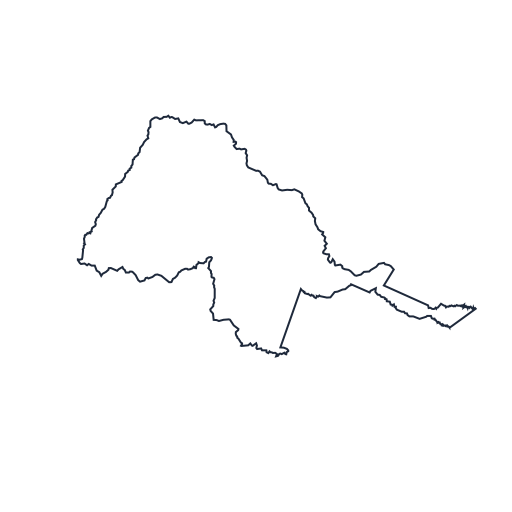 Mocoa, Putumayo, Colombia (Albers equal-area conic projection), rotated 324°
{"feature_id": "7082276B56868740164332", "entity_name": "Mocoa", "entity_type": "district", "adm_level": 2, "iso_a3": "COL", "parent_name": "Colombia", "parent_adm1": "Putumayo", "projection": "albers", "projection_center": [-76.661, 1.168], "detail": "fine", "context": "isolated", "style": "outline", "palette": "slate", "viewbox_px": 512, "rotation_deg": 324, "n_neighbors": 0, "source": "geoboundaries", "source_scale": "gbopen_adm2", "svg_char_len": 6142}
<svg xmlns="http://www.w3.org/2000/svg" viewBox="0 0 512 512"><g transform="rotate(324 256 256)"><path d="M312.4,305.3L312.0,304.8L312.0,301.2L313.0,300.2L315.3,299.2L316.0,297.5L314.0,296.0L312.2,293.5L312.2,292.8L313.1,291.9L317.1,290.8L317.5,288.1L320.5,287.7L320.3,283.9L323.1,281.6L322.2,277.4L323.9,276.8L324.5,276.1L322.8,273.9L322.0,270.9L322.6,268.9L322.8,265.4L324.2,262.3L326.1,260.3L325.6,257.7L326.3,256.4L326.4,253.7L325.6,250.4L327.2,248.2L327.0,246.1L327.5,244.1L327.0,242.4L328.4,237.4L327.9,235.5L329.5,233.6L329.8,232.3L328.6,228.9L326.2,224.6L323.7,223.8L320.2,220.8L315.6,218.3L313.5,215.5L313.5,213.7L314.8,210.1L314.4,209.5L311.3,208.7L310.5,206.4L308.8,204.9L308.7,203.7L310.0,200.9L309.8,196.3L308.4,194.3L308.8,190.1L307.7,188.1L306.2,187.2L301.8,179.8L301.9,177.3L302.7,175.5L304.7,173.8L306.1,171.0L308.0,169.3L308.1,166.7L310.1,165.1L310.4,164.1L309.8,162.6L306.6,161.0L305.8,159.5L303.2,158.1L302.8,155.2L302.9,153.7L305.8,153.4L306.8,152.2L306.6,151.4L305.0,150.5L306.2,149.0L306.3,145.9L307.2,143.0L305.5,137.7L308.8,132.9L308.7,131.0L307.5,129.8L304.6,128.3L302.0,127.7L299.7,128.2L298.5,127.9L299.0,124.6L297.2,124.1L296.2,122.0L294.0,121.2L292.8,120.1L292.5,118.6L293.8,116.7L293.1,115.1L287.1,110.9L286.2,109.4L282.4,110.2L279.8,109.8L279.0,109.2L278.7,106.4L274.9,105.5L273.2,102.9L274.0,99.0L271.1,97.6L269.9,94.5L269.2,93.8L267.6,93.5L267.5,91.0L265.5,90.9L263.0,89.2L261.0,89.5L258.7,88.7L257.3,85.7L255.7,84.6L252.0,84.2L249.8,84.8L246.4,89.5L244.8,89.5L242.2,91.1L241.9,92.6L240.3,94.4L239.0,94.8L238.0,97.5L236.0,97.3L232.5,98.0L229.7,99.5L225.9,100.3L222.9,103.5L221.0,103.8L220.1,104.8L215.6,104.9L214.2,106.0L213.0,105.7L209.9,109.4L208.0,109.9L207.1,111.2L205.1,111.1L204.4,112.2L202.8,111.8L201.7,112.6L198.4,112.7L196.7,114.8L192.7,116.3L191.4,116.2L190.8,117.1L184.7,115.7L183.4,117.3L178.8,118.0L177.4,120.3L175.2,122.1L174.2,122.0L172.1,123.1L170.8,122.5L169.1,122.6L168.6,123.8L167.6,123.9L162.9,127.7L160.9,128.5L159.0,128.3L155.7,129.9L153.4,130.4L151.5,131.8L150.2,131.5L148.1,132.3L147.7,133.1L145.8,134.0L145.1,136.1L143.8,137.1L140.0,137.0L137.7,138.8L137.5,139.5L135.9,139.1L136.0,139.7L135.4,140.2L135.0,139.2L133.9,139.4L133.1,138.4L131.2,139.1L130.3,138.5L129.3,138.9L128.8,139.8L127.0,140.9L124.9,144.7L124.4,144.7L124.5,146.1L122.8,146.3L121.4,148.2L119.7,148.9L119.4,149.8L114.4,155.4L113.3,156.2L111.1,155.3L109.9,154.0L109.5,154.5L109.3,158.1L109.7,159.6L112.9,161.3L113.9,164.2L116.0,164.1L117.3,167.1L119.9,169.0L118.5,174.2L119.7,177.0L119.1,181.1L121.4,180.2L125.3,180.7L128.5,180.4L129.8,179.3L131.5,180.4L135.0,186.4L136.9,186.0L141.5,186.4L141.1,188.5L141.6,190.2L141.0,192.9L143.5,194.7L144.9,194.5L146.5,195.8L146.9,196.9L147.4,200.7L146.5,206.3L147.1,208.6L151.4,210.2L153.8,209.0L155.4,209.7L155.7,210.9L159.9,212.1L163.5,212.0L165.4,213.0L167.8,216.4L170.3,226.1L171.5,227.0L172.3,227.4L175.3,225.7L177.7,226.0L180.7,225.5L184.0,223.8L185.4,224.2L187.1,223.8L191.2,224.7L192.7,225.8L193.0,227.0L194.9,228.0L197.7,228.7L199.4,228.0L199.8,228.8L199.6,230.0L200.3,230.6L202.6,228.2L205.2,228.0L205.9,227.3L206.6,228.8L209.3,231.1L211.2,230.8L212.3,231.2L214.5,229.2L217.0,229.3L219.0,230.4L219.2,231.6L218.6,232.1L217.0,233.1L214.5,233.6L211.5,237.2L210.3,237.7L210.7,241.8L209.6,243.2L209.5,244.5L207.7,246.7L207.8,247.5L209.0,248.8L208.8,250.3L205.0,253.3L204.8,255.4L203.8,256.5L203.3,258.3L197.9,265.7L195.3,267.3L194.8,269.1L193.0,270.1L192.0,271.4L187.6,272.3L187.0,273.8L187.4,277.3L184.2,282.8L186.5,284.7L187.8,286.8L192.2,288.5L196.8,291.3L197.5,292.3L197.2,299.1L198.9,304.7L198.0,305.5L195.0,305.7L193.9,307.0L193.2,308.9L193.5,310.0L192.8,311.1L193.2,312.6L192.9,317.1L193.4,318.4L193.1,319.0L191.1,319.8L191.3,320.2L197.2,323.7L200.0,323.4L200.0,326.0L200.5,326.7L204.8,326.7L204.1,329.0L202.2,330.6L202.2,331.9L205.8,333.8L205.4,335.8L208.9,338.4L208.0,340.1L208.9,341.8L210.9,341.1L211.1,342.3L212.2,343.3L212.6,344.3L214.7,345.7L215.3,347.7L213.3,349.0L215.1,349.7L217.4,348.9L218.5,349.4L219.1,350.5L222.1,350.9L222.1,352.6L222.7,353.3L224.3,351.8L226.1,352.0L226.6,351.3L226.4,349.3L224.6,346.5L222.0,344.3L272.9,309.1L273.0,311.0L273.7,312.3L273.4,313.2L274.1,313.6L273.6,314.8L275.3,317.1L275.9,317.2L276.8,320.1L278.2,320.1L278.2,321.1L279.2,321.8L278.9,323.5L279.7,325.2L281.2,324.6L281.6,324.8L281.8,324.3L282.5,325.4L284.0,325.2L284.1,326.0L288.9,331.3L291.9,333.2L298.4,331.4L301.1,332.8L306.3,334.0L308.7,335.3L314.1,334.9L315.6,335.4L316.3,334.8L326.5,352.3L328.2,351.5L334.0,352.5L331.5,355.1L331.7,358.8L333.2,360.2L333.3,362.6L335.4,365.0L335.7,366.3L335.2,366.7L336.2,367.8L335.2,369.5L337.4,371.6L336.4,374.4L337.4,375.4L337.2,376.3L339.1,376.2L338.2,378.6L339.3,379.3L338.4,380.3L338.4,382.2L341.1,386.7L343.0,388.1L342.9,389.9L344.4,391.2L343.9,392.9L344.6,395.0L347.8,397.4L351.4,403.0L358.0,405.2L359.3,405.1L362.3,407.3L361.6,409.7L362.2,410.7L363.5,411.5L363.0,412.5L363.7,412.9L363.7,416.0L364.3,416.3L363.8,416.8L364.8,417.0L364.8,417.6L365.5,417.8L365.1,419.5L366.0,420.2L365.4,421.3L366.1,422.2L367.0,421.5L367.2,422.9L368.2,423.4L368.2,424.1L369.7,424.3L369.3,425.6L370.3,426.0L370.4,427.4L370.9,426.6L370.8,427.8L402.7,427.8L402.6,426.9L401.1,426.9L401.5,425.6L400.2,426.7L399.9,423.2L398.1,423.4L398.5,421.6L398.1,422.1L397.4,421.5L396.7,422.2L396.9,421.4L396.2,420.8L396.4,419.7L395.8,419.6L395.4,420.4L394.9,419.8L393.7,419.8L394.5,419.2L394.1,418.5L395.1,418.5L395.8,417.7L394.1,417.8L393.6,418.2L393.8,417.1L392.9,416.6L392.3,417.1L391.5,415.8L390.1,414.9L389.6,413.7L387.5,413.7L387.3,412.9L386.2,412.8L385.0,410.8L383.9,410.9L383.2,410.0L382.1,410.3L380.6,409.0L379.5,409.2L379.7,407.4L378.9,406.6L377.6,403.4L372.9,404.6L371.7,404.1L370.9,404.6L370.8,403.4L369.8,403.7L368.7,403.4L367.4,402.3L366.7,400.4L365.1,399.6L366.2,397.1L342.1,355.0L359.5,347.9L359.1,343.4L358.2,341.5L355.6,338.6L355.5,336.8L350.6,334.5L347.0,335.4L340.7,334.8L338.5,335.1L334.0,332.3L330.0,332.7L325.6,331.0L324.5,329.6L323.7,324.2L322.8,321.7L319.9,318.7L319.0,317.0L318.9,316.2L319.8,314.9L319.2,312.6L314.6,310.3L314.6,309.5L316.2,306.7L316.2,303.7L313.7,305.1L312.4,305.3Z" fill="none" stroke="#1e293b" stroke-width="2"/></g></svg>